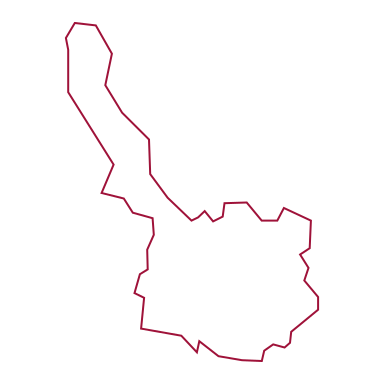 outline of Sarandë, Vlorë, Albania
{"feature_id": "67620474B70468291702657", "entity_name": "Sarandë", "entity_type": "district", "adm_level": 2, "iso_a3": "ALB", "parent_name": "Albania", "parent_adm1": "Vlorë", "projection": "equal_earth", "projection_center": [20.101, 39.891], "detail": "fine", "context": "isolated", "style": "outline", "palette": "rose", "viewbox_px": 384, "rotation_deg": 0, "n_neighbors": 0, "source": "geoboundaries", "source_scale": "gbopen_adm2", "svg_char_len": 739}
<svg xmlns="http://www.w3.org/2000/svg" viewBox="0 0 384 384"><path d="M283.9,208.0L277.3,220.6L261.7,220.6L246.7,202.5L224.5,203.2L222.7,216.6L213.1,221.4L204.7,211.1L198.1,217.4L191.5,220.6L167.6,197.7L150.2,174.1L149.0,139.5L122.1,112.7L105.3,85.2L111.9,53.7L95.8,25.4L74.8,23.0L65.9,38.0L68.2,49.8L68.2,92.2L113.6,164.6L101.6,193.0L123.8,198.5L132.8,212.7L152.6,218.2L153.8,234.8L147.2,249.7L147.7,269.4L139.9,274.2L134.5,293.1L144.1,297.8L141.1,328.6L181.3,335.7L196.9,352.3L199.3,341.2L218.5,356.2L242.0,360.2L261.8,361.0L264.2,350.7L273.2,344.4L284.6,347.5L290.0,342.8L291.2,331.8L318.1,309.7L318.1,297.0L304.3,280.5L308.5,267.9L300.1,254.5L309.7,248.2L310.9,220.6L283.9,208.0Z" fill="none" stroke="#9f1239" stroke-width="2"/></svg>